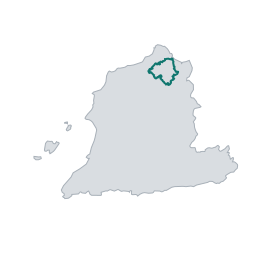 Sevilla on a map of Spain (orthographic projection), rotated 167°
{"feature_id": "ESP-5844", "entity_name": "Sevilla", "entity_type": "Autonomous Community", "adm_level": 1, "iso_a3": "ESP", "parent_name": "Spain", "parent_adm1": "", "projection": "orthographic", "projection_center": [-5.672, 37.516], "detail": "fine", "context": "in_parent", "style": "outline", "palette": "teal", "viewbox_px": 256, "rotation_deg": 167, "n_neighbors": 0, "source": "natural_earth", "source_scale": "10m", "svg_char_len": 5939}
<svg xmlns="http://www.w3.org/2000/svg" viewBox="0 0 256 256"><g transform="rotate(167 128 128)"><path d="M133.9,59.5L134.0,60.2L135.1,61.4L138.5,62.0L139.4,62.5L139.3,64.2L138.6,65.8L139.4,66.4L140.2,66.3L141.1,65.1L141.4,65.9L142.9,66.5L146.4,67.7L148.8,67.8L151.5,70.4L155.5,69.6L159.3,72.0L162.6,71.2L163.4,71.7L168.7,71.4L168.8,69.3L169.4,68.4L178.8,70.7L180.1,72.4L180.0,73.3L180.6,75.4L181.8,75.2L184.1,73.9L187.4,75.1L188.3,76.3L189.0,76.4L191.2,74.9L197.7,75.9L197.9,74.8L198.3,74.5L200.9,73.3L202.0,73.0L205.4,73.4L205.9,74.6L206.7,75.0L207.0,76.0L205.1,76.8L205.1,78.6L206.5,80.0L206.9,82.6L203.8,86.3L194.5,93.0L191.5,96.7L184.3,99.0L176.8,102.2L172.6,107.1L173.8,107.3L175.3,108.8L174.8,109.5L172.9,110.7L171.1,111.2L168.1,117.1L163.8,123.2L162.3,126.0L159.0,133.0L159.1,135.0L161.3,141.7L162.5,143.4L164.0,144.8L166.9,145.9L167.7,147.2L166.8,148.4L164.1,150.7L159.4,153.9L157.4,156.3L157.1,158.5L155.7,159.6L155.3,162.7L153.5,167.0L153.5,168.2L155.1,169.6L153.6,170.7L145.9,171.4L141.3,175.0L139.1,178.0L137.1,183.7L134.6,187.0L133.4,187.7L131.6,186.3L129.3,186.2L127.1,186.7L126.0,187.9L124.2,188.6L122.4,188.1L118.6,187.9L116.9,188.0L114.3,189.0L112.0,188.4L108.2,188.2L99.9,189.0L98.8,189.4L95.2,193.2L91.1,193.3L87.5,194.8L85.0,198.4L84.6,200.4L83.8,199.9L83.3,200.1L83.0,201.6L80.5,202.5L77.6,201.3L75.3,199.5L74.0,199.4L72.0,196.6L71.2,194.8L70.6,192.8L70.5,191.5L68.7,190.7L68.3,188.9L69.6,186.6L71.4,185.4L69.7,185.5L68.6,187.0L67.1,184.6L61.1,179.9L61.5,178.3L60.5,179.5L59.8,179.8L56.7,179.6L53.1,180.1L51.8,172.2L52.8,169.5L56.8,164.2L59.3,163.5L60.3,160.8L58.0,160.9L54.6,155.5L55.6,150.6L59.2,146.9L59.8,145.4L59.9,144.0L59.3,143.1L57.3,142.5L55.4,138.6L55.0,136.1L53.4,134.7L52.1,132.3L53.3,131.9L58.3,132.0L59.5,131.4L60.5,129.8L61.5,127.1L61.7,125.5L59.8,123.1L59.7,122.7L60.0,121.9L63.0,119.3L62.5,117.4L63.0,113.4L62.8,111.0L62.5,109.0L61.5,106.5L62.2,105.5L63.7,104.7L65.0,102.6L66.8,100.9L69.2,99.6L71.9,96.6L71.5,95.2L70.6,94.5L67.2,93.8L67.0,93.2L67.0,90.0L66.2,88.7L65.0,88.8L63.1,88.2L62.7,88.6L60.3,88.4L58.6,87.8L57.9,88.3L57.7,89.4L54.9,90.6L53.3,90.5L50.8,89.4L47.9,89.7L47.5,89.5L45.0,90.7L44.2,90.8L43.2,89.1L44.6,86.8L43.5,84.6L42.7,84.5L38.1,86.0L35.3,88.0L34.2,88.2L33.9,87.9L33.9,84.8L36.8,81.7L35.0,81.4L35.1,80.5L36.3,79.0L35.2,77.9L35.3,74.6L32.8,75.6L32.1,75.4L32.2,74.1L33.8,71.5L32.2,71.2L31.0,70.1L29.6,67.9L29.6,66.8L30.6,64.2L32.8,63.0L34.9,61.3L37.8,61.7L42.2,60.3L43.7,59.5L43.7,58.4L43.2,57.6L43.7,56.8L47.3,54.7L49.4,54.6L51.6,53.5L53.0,54.2L54.3,54.0L55.7,54.9L57.6,56.9L60.4,57.7L62.6,57.1L74.0,57.0L77.3,56.1L79.8,57.3L84.7,57.8L87.6,58.8L95.8,60.4L98.7,60.4L104.6,58.6L106.2,59.0L108.6,58.2L109.7,58.3L111.2,59.4L116.5,60.8L117.8,59.5L118.8,59.2L122.6,59.8L126.4,61.3L128.4,61.4L131.2,60.8L133.9,59.5ZM209.6,124.0L211.1,124.5L212.5,123.8L213.3,123.9L214.1,124.1L214.4,125.3L211.8,131.6L209.5,133.4L206.8,132.4L205.3,132.2L204.8,131.8L204.3,129.9L203.6,129.3L202.5,129.1L200.7,130.8L200.0,129.9L199.1,129.7L198.6,129.2L198.6,128.4L204.2,123.2L205.9,122.0L209.5,120.5L210.0,120.6L209.6,121.4L210.2,122.0L209.6,124.0ZM226.4,119.8L226.0,121.5L221.3,119.8L219.8,119.7L219.4,119.4L219.4,117.7L222.4,117.2L224.9,117.8L226.4,119.8ZM186.0,142.8L185.6,144.0L183.3,143.8L182.8,143.3L183.1,142.0L183.8,141.8L183.7,140.8L184.4,139.8L187.5,138.8L188.3,139.4L188.5,140.3L186.7,142.5L186.0,142.8ZM188.6,147.4L188.3,147.6L185.8,147.6L185.7,146.8L186.1,145.7L187.1,146.7L188.6,146.8L188.6,147.4Z" fill="#d9dde1" stroke="#a8b0b8" stroke-width="1"/><path d="M71.1,185.6L71.3,185.6L71.7,185.0L71.4,185.2L71.0,185.4L70.6,185.4L70.3,185.1L69.7,185.4L69.5,185.6L68.9,185.0L69.2,184.0L68.9,182.8L68.8,182.5L68.9,182.3L68.9,182.1L69.2,181.7L69.3,181.5L69.3,180.9L69.4,180.3L69.3,179.2L69.5,178.4L69.5,178.1L69.4,177.9L68.9,177.4L68.9,177.2L69.0,177.0L69.2,176.8L69.3,176.6L69.2,176.1L69.2,175.9L69.4,175.8L69.7,175.7L69.9,175.6L69.9,175.3L69.3,174.2L69.0,173.2L68.6,172.6L68.7,172.1L68.0,171.7L67.0,171.7L66.6,171.5L66.7,171.0L66.8,170.9L67.1,170.7L67.6,169.8L67.9,169.6L70.0,169.0L70.7,169.0L70.9,169.2L70.9,169.3L70.9,169.5L71.0,169.6L71.3,169.7L71.5,169.4L71.5,168.7L71.7,168.4L71.9,168.3L72.5,168.5L72.9,168.3L72.5,167.4L72.8,166.3L72.7,166.2L72.4,166.2L72.2,166.2L72.0,165.7L72.7,165.1L73.0,164.9L74.2,164.7L74.5,164.7L75.1,164.5L75.3,164.5L75.5,164.3L75.7,164.2L75.7,163.9L75.8,163.8L75.8,163.7L76.1,163.4L76.1,163.2L76.0,162.8L75.9,162.7L76.0,162.4L76.1,162.2L76.3,162.0L76.7,161.8L76.8,161.7L77.0,161.4L77.2,161.2L77.7,161.0L78.7,160.8L78.9,160.9L79.1,161.0L79.3,161.3L79.4,161.5L79.1,161.8L78.9,161.9L78.8,162.0L78.8,162.3L78.9,162.7L79.0,162.8L79.4,162.8L79.7,162.5L80.1,162.2L80.5,161.9L81.1,161.9L81.1,162.3L82.4,163.7L82.7,164.9L83.5,165.6L83.6,165.9L83.7,166.7L83.8,167.1L84.0,167.2L84.5,167.5L84.6,167.8L84.7,168.2L84.8,168.5L85.2,168.9L85.2,170.3L84.0,170.3L83.7,170.8L83.9,171.6L84.2,172.0L84.7,172.0L85.8,171.7L87.1,170.8L87.2,171.0L87.6,171.0L88.0,170.9L88.4,170.4L89.2,170.1L89.6,170.0L89.9,170.2L90.2,170.4L90.5,170.8L90.7,171.2L90.7,171.4L90.6,171.7L90.7,171.8L90.9,172.0L91.0,172.1L91.1,172.5L91.0,173.4L90.8,173.7L91.4,174.2L91.7,174.8L91.8,175.3L92.3,175.8L92.7,176.8L93.3,177.3L93.6,177.4L94.4,176.7L94.7,176.9L95.0,177.1L95.1,177.9L95.3,178.3L95.3,178.7L94.3,178.7L94.1,179.0L94.3,179.5L94.3,179.9L94.1,180.2L93.5,180.6L93.2,180.6L92.5,180.0L92.4,180.0L92.2,180.3L92.0,180.5L91.9,180.5L91.3,180.3L91.1,180.3L90.9,180.3L90.7,180.4L90.7,180.5L90.9,180.7L91.5,181.1L91.3,181.5L87.9,183.7L87.4,184.3L87.0,184.5L86.7,184.7L86.4,184.7L86.2,184.6L85.5,183.5L85.4,183.4L85.2,183.4L83.5,184.7L83.4,184.7L83.2,184.5L83.2,184.2L83.5,183.6L83.5,183.3L83.4,183.1L83.2,182.9L82.8,182.9L82.5,183.0L82.4,183.3L82.5,184.0L82.3,184.6L82.0,184.9L81.7,185.2L81.4,185.3L81.0,185.2L80.2,184.6L79.8,184.4L79.4,184.7L79.0,185.3L77.7,185.3L77.1,185.5L76.7,185.7L76.5,186.2L76.4,186.8L75.6,186.6L75.1,186.7L73.1,186.5L72.3,185.9L71.1,185.6Z" fill="none" stroke="#0f766e" stroke-width="2"/></g></svg>